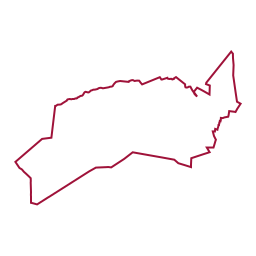 outline of Santiago Suchilquitongo, Oaxaca, Mexico
{"feature_id": "50627088B38659893203172", "entity_name": "Santiago Suchilquitongo", "entity_type": "district", "adm_level": 2, "iso_a3": "MEX", "parent_name": "Mexico", "parent_adm1": "Oaxaca", "projection": "albers", "projection_center": [-96.898, 17.231], "detail": "fine", "context": "isolated", "style": "outline", "palette": "rose", "viewbox_px": 256, "rotation_deg": 0, "n_neighbors": 0, "source": "geoboundaries", "source_scale": "gbopen_adm2", "svg_char_len": 2817}
<svg xmlns="http://www.w3.org/2000/svg" viewBox="0 0 256 256"><path d="M31.0,202.8L32.3,203.1L37.1,204.4L48.1,197.4L49.0,196.9L89.3,171.3L95.9,167.6L107.3,167.1L108.0,167.0L111.2,167.4L124.2,158.9L132.7,152.3L150.2,155.4L162.2,157.5L174.3,159.7L178.3,163.2L184.6,165.1L191.0,167.1L191.0,164.5L191.3,158.2L193.4,157.5L203.7,154.1L207.2,153.0L209.6,152.2L206.8,147.5L213.5,147.5L214.6,143.9L215.4,141.1L215.9,139.7L215.2,138.4L214.0,136.0L212.8,131.4L213.1,131.4L214.9,131.5L215.2,128.9L217.4,129.7L217.6,128.7L218.3,126.5L218.5,125.0L219.0,125.0L219.3,122.8L219.5,122.8L219.8,121.0L220.5,121.2L220.7,119.8L220.8,119.8L220.9,117.9L222.7,118.1L224.5,117.4L228.2,116.7L228.6,115.2L228.6,114.9L228.7,114.7L228.7,114.4L228.8,113.9L229.2,111.1L234.6,111.8L235.5,112.0L237.2,108.9L240.6,103.7L237.0,101.7L235.5,91.6L233.2,75.4L233.6,65.1L233.0,58.1L232.9,53.7L231.2,51.6L218.3,67.7L206.3,82.7L206.0,84.1L209.8,85.5L209.5,94.5L204.1,91.4L201.2,89.8L197.1,87.7L194.8,90.6L194.3,91.2L194.0,91.2L194.0,91.9L194.0,92.3L197.1,96.5L196.7,96.2L195.4,94.9L195.2,94.7L194.9,94.3L194.7,94.2L194.5,93.9L194.4,93.7L194.3,93.4L194.2,93.2L193.5,92.0L193.5,91.9L193.3,91.6L192.7,90.9L191.6,89.0L190.4,86.7L189.5,86.7L189.1,86.7L188.8,86.7L188.2,87.1L187.6,87.4L186.8,87.5L186.2,87.5L185.5,87.3L185.3,86.7L185.1,85.9L185.1,85.2L185.1,84.5L185.1,84.3L176.0,77.1L173.8,78.5L173.9,78.9L173.8,79.0L173.6,79.0L173.1,79.2L172.8,79.2L172.7,79.3L172.4,79.3L172.2,79.4L171.9,79.1L171.4,78.9L171.2,78.8L170.9,78.9L170.5,78.9L170.0,78.9L169.8,79.0L169.6,79.0L169.4,79.0L168.9,78.9L168.5,78.8L168.4,78.8L168.1,78.7L167.7,78.6L167.5,78.4L167.4,78.1L167.1,78.0L167.1,77.9L166.2,78.2L162.1,79.5L161.9,79.4L161.4,79.5L159.8,77.2L142.1,84.4L141.4,83.6L140.4,82.4L139.2,80.7L137.8,80.6L136.1,80.7L134.7,81.0L133.8,80.6L133.6,80.5L132.9,80.1L132.2,80.1L131.0,80.4L129.0,81.2L128.7,81.9L120.1,81.0L117.5,81.5L116.0,81.9L114.5,83.4L113.4,84.8L112.7,86.1L111.7,86.6L111.2,86.6L109.9,86.8L109.0,87.2L108.1,87.4L106.4,87.7L104.7,88.0L102.9,88.3L101.6,87.9L100.6,87.8L99.2,88.0L98.1,88.5L97.6,89.0L95.0,89.6L93.2,89.7L92.2,90.2L91.5,90.4L90.8,90.6L90.1,91.3L89.5,91.8L88.7,92.4L87.9,92.4L85.6,91.8L84.7,92.2L84.3,92.7L83.8,93.4L83.2,94.6L82.3,95.6L81.6,95.8L80.6,95.9L79.4,96.6L78.7,97.1L77.9,97.4L77.5,97.5L77.2,98.1L76.9,98.3L76.2,98.5L75.6,98.4L75.0,98.6L74.1,99.0L73.4,99.0L72.4,99.0L71.2,99.3L70.4,99.1L69.8,99.0L67.7,99.4L67.3,99.6L66.9,100.4L66.8,100.6L62.3,103.4L61.9,103.8L61.3,104.1L60.9,104.4L60.3,104.5L59.6,104.6L58.9,104.6L58.3,104.7L57.6,104.7L57.1,105.0L56.7,105.3L56.1,105.8L55.2,105.9L52.4,129.2L51.4,137.7L42.1,138.9L15.4,161.9L19.5,168.0L21.4,169.1L22.2,169.7L22.8,170.5L24.0,171.9L25.6,173.3L28.9,176.4L30.7,178.2L30.8,181.1L30.7,182.4L31.0,192.2L30.9,194.9L31.0,196.5L31.0,197.9L31.0,202.8Z" fill="none" stroke="#9f1239" stroke-width="2"/></svg>